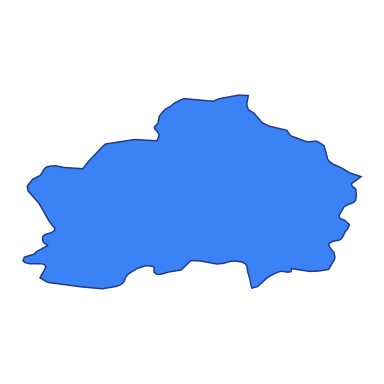 the County of Rapla
{"feature_id": "EST-2348", "entity_name": "Rapla", "entity_type": "County", "adm_level": 1, "iso_a3": "EST", "parent_name": "Estonia", "parent_adm1": "", "projection": "natural_earth1", "projection_center": [24.741, 58.948], "detail": "fine", "context": "isolated", "style": "filled", "palette": "blue", "viewbox_px": 384, "rotation_deg": 0, "n_neighbors": 0, "source": "natural_earth", "source_scale": "10m", "svg_char_len": 2021}
<svg xmlns="http://www.w3.org/2000/svg" viewBox="0 0 384 384"><path d="M40.0,277.9L45.1,268.7L45.9,266.7L44.9,265.0L42.1,263.8L29.5,263.7L24.5,262.4L23.0,260.6L24.4,257.1L34.2,254.1L36.2,251.8L47.6,245.6L43.6,242.5L42.6,240.1L42.7,236.7L44.6,234.7L51.8,232.4L54.4,230.7L54.7,228.0L52.0,225.1L49.1,221.1L38.7,202.9L28.3,191.3L27.2,186.2L32.6,179.3L40.2,175.4L42.5,172.3L43.1,170.6L44.3,169.0L46.2,167.2L49.9,166.1L55.9,165.8L64.6,167.6L82.8,168.7L88.5,161.4L103.1,146.0L105.6,144.0L120.6,141.7L134.8,139.5L154.7,140.7L157.2,140.4L159.1,135.6L158.7,133.8L156.6,130.9L154.9,129.1L154.3,127.2L158.0,123.2L159.3,116.2L163.6,110.9L165.7,109.0L171.0,106.1L174.8,102.8L183.7,98.6L213.8,101.3L216.0,99.9L219.8,98.6L238.2,95.2L248.3,95.5L246.8,103.7L247.2,107.1L248.8,110.0L253.8,113.1L258.6,118.5L261.3,121.8L262.6,123.0L269.0,126.1L286.8,130.3L290.7,135.8L306.3,141.6L312.5,141.6L314.1,141.1L316.6,141.2L319.6,142.7L324.2,145.9L325.1,149.8L325.9,151.9L326.3,154.3L327.0,156.2L327.4,158.7L329.1,161.2L332.7,164.0L341.1,167.7L349.8,172.9L361.0,176.7L351.8,183.4L351.5,184.4L352.1,186.2L353.9,187.4L355.8,189.2L356.2,192.9L356.2,196.3L355.8,200.0L353.9,202.3L351.1,203.6L348.8,204.2L344.2,206.6L338.8,215.9L339.2,217.2L340.5,218.7L344.7,220.3L349.5,224.8L347.5,229.0L345.0,231.9L342.9,236.6L341.4,238.6L339.5,240.0L333.4,241.2L329.7,242.9L328.7,244.8L329.5,247.0L334.0,252.8L334.9,257.3L334.2,260.0L328.6,269.4L318.2,271.1L309.7,271.4L291.6,268.6L291.1,271.5L290.1,272.0L287.2,272.1L282.5,271.4L280.9,271.3L276.8,272.5L271.3,275.2L267.0,278.0L257.6,286.5L251.9,288.1L250.8,284.8L250.1,279.7L247.6,271.6L246.9,265.9L245.2,263.8L242.1,262.1L235.5,261.0L230.5,261.3L223.7,263.3L216.8,264.0L200.0,260.9L190.9,260.6L181.1,270.0L169.3,271.9L160.5,274.4L156.8,274.4L153.9,272.0L154.0,270.1L154.3,267.9L153.3,266.6L149.2,265.9L146.1,265.7L137.3,268.4L128.9,273.5L127.3,275.1L125.6,277.4L123.9,281.8L122.7,283.1L120.2,284.8L116.2,286.4L102.3,288.8L81.1,286.8L47.7,282.4L40.0,277.9Z" fill="#3b82f6" stroke="#1e3a8a" stroke-width="1.5"/></svg>